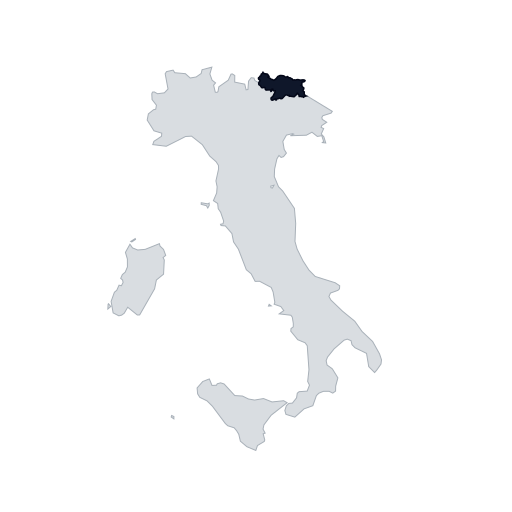 Bozen highlighted on a map of Italy, rotated 21°
{"feature_id": "ITA-5459", "entity_name": "Bozen", "entity_type": "Province", "adm_level": 1, "iso_a3": "ITA", "parent_name": "Italy", "parent_adm1": "", "projection": "albers", "projection_center": [11.502, 46.655], "detail": "fine", "context": "in_parent", "style": "filled", "palette": "ink", "viewbox_px": 512, "rotation_deg": 21, "n_neighbors": 0, "source": "natural_earth", "source_scale": "10m", "svg_char_len": 6604}
<svg xmlns="http://www.w3.org/2000/svg" viewBox="0 0 512 512"><g transform="rotate(21 256 256)"><path d="M112.0,112.2L114.5,114.0L124.7,111.1L130.8,113.4L136.0,110.3L139.4,105.3L138.9,101.4L147.1,95.5L147.7,102.6L152.0,107.6L156.2,108.9L155.2,111.7L159.3,117.7L161.0,117.2L161.6,116.2L160.7,111.3L167.1,101.8L167.5,95.2L168.6,94.5L171.5,95.1L173.8,101.3L183.9,99.6L187.2,104.4L188.8,103.5L186.4,95.4L187.6,91.3L190.3,90.6L192.1,92.6L196.0,93.2L196.2,90.7L195.2,89.1L196.6,82.0L202.3,82.8L205.7,85.3L209.7,85.3L213.1,79.7L215.8,78.3L228.6,77.9L238.0,74.5L238.8,75.2L237.1,77.9L237.7,79.7L243.4,87.8L275.4,93.6L274.9,95.7L268.2,101.0L267.8,103.0L268.9,104.7L274.1,105.8L270.6,110.7L270.7,112.6L273.5,112.8L273.2,118.7L276.6,120.4L280.6,125.5L276.8,126.5L278.3,125.1L274.3,120.1L270.4,122.4L263.9,120.4L259.7,125.2L245.0,131.4L247.5,128.7L246.4,128.6L241.1,132.2L240.0,139.4L244.2,146.5L247.5,149.0L246.1,153.4L244.1,155.0L241.4,153.9L240.7,157.8L242.2,168.1L244.6,175.3L252.2,183.3L257.7,185.8L274.8,197.8L281.4,211.4L287.2,228.5L291.9,234.8L301.6,243.7L310.4,250.1L318.6,253.9L339.5,252.6L344.8,253.8L345.7,256.7L344.8,258.7L338.8,263.9L338.6,267.7L341.8,270.3L356.5,276.5L371.6,281.5L382.1,288.5L395.5,294.0L406.4,303.1L410.4,308.0L411.4,312.1L409.6,319.3L408.5,322.3L400.9,318.9L394.1,307.3L381.3,306.2L377.4,304.4L375.1,301.0L371.0,300.9L368.4,303.0L362.2,314.7L359.0,324.7L359.0,328.6L361.4,332.3L367.7,334.0L376.1,340.4L377.0,348.9L378.7,353.6L376.8,356.5L372.7,356.1L367.4,358.2L363.8,361.6L362.4,364.7L362.7,375.4L355.7,381.4L350.0,392.5L340.7,393.1L338.3,389.9L338.0,385.0L339.4,381.9L342.7,380.3L344.7,373.9L343.7,369.3L344.9,367.2L352.2,363.8L352.2,357.4L349.2,354.6L346.2,343.2L336.0,321.4L332.9,319.4L325.0,319.2L315.4,313.7L314.7,311.2L316.2,308.8L315.0,305.6L311.8,300.1L309.8,298.8L298.4,301.7L301.5,297.0L297.3,294.3L290.2,294.5L290.2,292.5L284.9,283.5L281.5,279.9L268.4,278.3L264.3,280.0L257.8,274.3L251.9,272.3L237.1,255.9L230.0,250.9L225.5,243.7L216.6,238.9L212.5,240.1L211.5,239.1L213.7,237.7L213.3,235.0L207.3,227.8L203.8,225.4L201.4,220.7L196.4,219.6L196.7,211.3L194.9,205.3L191.7,200.3L189.9,188.3L188.5,184.9L185.0,182.3L177.0,179.3L166.0,171.3L152.9,167.2L147.4,169.7L132.9,185.7L119.7,189.0L119.6,185.5L124.9,178.1L124.0,175.1L115.9,175.7L105.7,168.1L104.6,161.9L107.9,156.2L109.8,154.9L109.0,150.9L102.9,147.2L100.6,141.9L100.6,140.1L102.2,139.3L105.9,139.8L112.0,136.5L114.0,131.6L105.9,118.4L106.4,115.9L112.0,112.2ZM247.0,186.7L247.4,183.5L244.7,185.5L245.5,186.9L247.0,186.7ZM337.6,381.8L327.2,399.2L323.9,410.8L324.6,415.1L328.0,418.1L326.4,419.4L330.1,424.6L330.2,426.1L325.3,432.4L325.5,437.6L315.8,437.3L307.8,434.5L303.8,428.6L300.6,426.1L297.2,424.2L290.5,424.6L287.4,423.4L269.2,411.9L262.2,408.8L254.2,408.1L250.9,405.6L248.3,400.3L251.3,392.2L256.5,387.5L261.3,392.6L265.4,390.8L265.6,389.2L268.4,387.1L272.1,386.9L286.2,393.9L293.5,391.6L300.2,392.2L306.3,391.0L314.1,386.4L323.3,386.5L333.7,381.2L337.6,381.8ZM171.8,292.6L176.2,306.1L171.6,314.1L173.1,323.0L168.5,352.7L166.3,353.6L154.6,349.8L153.5,356.6L151.8,359.3L149.4,361.0L143.0,360.3L137.0,350.3L136.8,340.6L138.3,337.9L138.6,332.3L141.0,332.0L141.4,328.3L140.0,326.2L137.7,325.4L137.9,321.2L139.7,318.0L139.9,312.3L137.0,304.9L132.8,299.4L134.1,290.2L137.8,292.7L143.4,292.8L150.2,289.5L161.4,279.1L162.8,281.1L167.3,283.0L171.5,287.8L169.8,290.7L171.8,292.6ZM193.3,223.4L194.2,225.6L193.8,228.5L191.7,226.8L186.3,227.4L185.8,225.9L192.3,224.6L193.3,223.4ZM138.5,355.2L136.7,358.6L135.2,354.0L135.4,353.4L138.5,355.2ZM137.6,283.7L135.0,287.4L133.8,287.3L137.0,283.0L137.6,283.7ZM237.7,437.5L234.5,436.7L234.4,435.1L236.9,435.3L237.7,437.5ZM288.1,297.1L285.6,298.3L285.6,296.4L288.1,297.1Z" fill="#d9dde1" stroke="#a8b0b8" stroke-width="1"/><path d="M196.5,93.3L196.6,93.0L196.8,92.2L196.9,91.2L196.7,90.6L196.2,90.1L195.1,90.0L194.7,89.5L194.5,88.8L194.6,88.5L194.9,88.2L195.1,87.8L195.2,87.3L195.2,86.9L195.3,86.6L195.7,86.3L196.0,85.9L196.0,85.4L195.8,84.9L195.7,84.4L196.3,83.7L196.5,83.2L196.7,82.1L197.4,82.7L198.4,82.8L200.9,82.2L201.3,82.1L201.7,82.2L203.5,83.4L203.8,83.7L203.6,84.0L203.1,84.4L203.0,84.6L203.1,84.9L203.4,84.9L203.9,84.7L204.2,84.8L204.9,85.2L205.1,85.3L205.6,85.1L205.8,85.1L206.0,85.2L206.4,85.6L206.7,85.7L206.9,85.7L207.7,85.4L208.2,85.4L209.0,85.5L209.4,85.6L209.8,85.6L210.1,85.2L210.6,84.3L210.7,84.2L211.0,84.1L211.1,83.9L211.1,83.4L211.6,82.2L211.9,80.9L212.1,80.5L213.6,79.0L214.1,78.7L215.7,78.2L217.4,77.9L218.3,78.1L219.0,78.4L219.8,78.5L220.6,77.7L220.8,77.4L221.0,77.2L221.7,77.3L221.8,77.4L222.0,77.5L222.3,77.8L222.5,77.9L223.0,77.7L223.7,77.5L224.2,77.4L225.5,77.7L225.9,77.7L226.3,77.7L227.1,78.3L227.6,78.5L227.9,78.4L228.3,78.0L228.6,77.8L229.7,77.7L230.5,77.0L231.5,76.4L232.6,76.1L234.3,76.0L236.7,74.7L237.1,74.6L238.3,74.4L238.9,74.6L238.9,75.0L238.8,75.5L238.3,76.2L236.9,77.0L236.6,77.6L236.8,78.0L236.9,78.4L237.1,79.2L237.2,79.6L237.4,79.9L237.4,80.2L237.0,80.6L237.3,80.7L237.9,80.8L238.1,80.9L238.4,81.2L238.5,81.4L238.7,81.6L239.0,81.7L240.0,81.7L240.4,82.0L240.7,82.8L240.7,83.2L240.6,83.5L240.5,84.1L240.5,84.6L240.5,84.8L240.7,85.0L240.9,85.1L241.4,85.3L241.9,85.4L242.3,85.6L242.5,86.4L243.0,87.5L243.8,88.3L244.8,88.7L245.4,88.7L244.8,89.1L244.5,89.4L244.4,89.6L244.2,89.8L243.7,90.0L243.6,90.3L243.6,90.5L243.5,90.8L243.3,90.8L243.1,90.8L242.9,90.7L242.7,90.6L242.5,90.4L242.3,90.5L242.1,90.5L241.9,90.7L241.6,90.9L241.4,91.0L240.2,91.1L239.8,91.3L239.2,91.6L238.9,91.3L238.9,91.2L238.4,90.3L238.3,90.2L238.2,90.1L237.6,90.1L237.4,89.9L236.4,89.1L236.2,89.2L236.1,89.4L236.0,89.6L236.0,89.8L236.0,90.2L235.9,90.5L235.8,91.1L235.6,91.5L235.4,92.0L235.1,92.4L235.0,92.5L234.9,92.7L234.9,93.1L234.8,93.3L234.7,93.5L234.2,93.8L230.5,94.6L230.0,94.9L229.8,94.3L229.5,94.0L229.3,94.2L229.0,94.5L228.7,94.7L227.2,94.6L226.4,94.8L225.8,95.3L225.4,96.1L224.2,99.1L224.0,99.5L223.8,99.8L223.2,100.1L222.8,100.3L221.7,100.0L221.3,100.1L221.2,100.3L221.0,100.6L220.8,100.9L220.5,101.1L220.0,101.2L219.7,101.3L219.4,101.6L219.3,102.0L219.3,102.4L219.2,102.8L218.8,103.3L218.4,103.0L218.1,102.6L217.7,102.4L217.5,102.6L216.7,103.6L215.6,104.6L215.0,104.8L214.4,104.7L214.0,104.4L213.7,103.9L213.5,103.3L213.5,102.7L214.7,100.8L214.6,100.5L215.0,96.2L214.9,95.4L214.7,94.9L213.6,95.4L213.3,95.5L213.0,95.5L212.6,95.3L211.9,94.2L211.1,94.5L211.1,95.5L211.3,96.6L211.0,97.0L210.7,96.8L210.0,96.0L209.7,95.8L205.9,97.5L204.8,96.9L204.3,95.9L204.0,95.6L203.6,95.5L201.4,96.8L200.6,96.6L200.4,96.4L199.3,95.6L198.6,95.3L197.5,95.1L197.3,95.0L197.2,94.9L197.0,94.5L196.8,94.3L196.6,93.4L196.5,93.3Z" fill="#0f172a" stroke="#020617" stroke-width="1.5"/></g></svg>